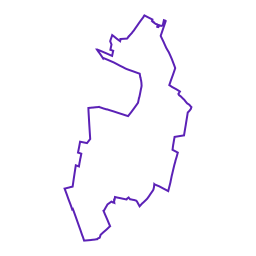 Tecámac, México, Mexico
{"feature_id": "50627088B86609194927709", "entity_name": "Tecámac", "entity_type": "district", "adm_level": 2, "iso_a3": "MEX", "parent_name": "Mexico", "parent_adm1": "México", "projection": "equal_earth", "projection_center": [-98.994, 19.711], "detail": "fine", "context": "isolated", "style": "outline", "palette": "violet", "viewbox_px": 256, "rotation_deg": 0, "n_neighbors": 0, "source": "geoboundaries", "source_scale": "gbopen_adm2", "svg_char_len": 5203}
<svg xmlns="http://www.w3.org/2000/svg" viewBox="0 0 256 256"><path d="M144.4,15.4L143.8,16.2L143.4,17.1L141.5,19.6L141.1,20.1L138.8,23.3L137.1,25.8L135.4,28.2L133.7,30.7L132.8,31.7L131.8,33.1L130.0,35.0L129.3,35.9L129.0,36.0L128.8,36.2L128.8,36.5L128.5,36.7L128.1,37.1L128.0,37.4L127.9,37.6L127.7,37.9L127.0,38.6L123.5,38.8L120.5,39.0L120.6,39.6L120.4,40.0L120.2,40.8L119.9,40.9L119.9,41.0L118.2,39.8L117.7,39.4L117.0,38.9L116.6,38.6L114.3,36.7L112.2,35.1L111.5,37.3L110.8,39.2L110.5,40.2L110.2,41.2L110.3,41.4L110.4,41.6L110.4,41.8L111.5,44.5L110.9,47.3L110.4,49.8L112.7,50.6L113.2,50.8L112.8,52.6L112.5,54.0L112.1,55.9L111.6,55.7L108.3,54.2L106.0,53.2L102.3,51.6L99.4,50.4L97.8,49.8L97.4,49.6L97.2,49.5L96.9,49.5L98.7,52.1L98.8,52.2L99.5,53.1L100.2,54.1L102.3,57.2L102.6,57.7L103.0,58.3L103.2,58.6L103.6,58.1L106.0,59.1L108.6,60.2L113.2,62.2L113.5,62.3L117.3,64.3L118.6,65.0L119.7,65.6L123.6,67.5L124.4,68.0L126.3,68.9L129.0,69.9L133.3,71.4L137.7,73.0L139.7,73.7L140.3,77.4L140.5,77.5L140.8,79.4L141.1,80.5L141.2,81.3L141.4,82.6L141.6,85.9L141.5,86.3L141.4,87.1L140.9,89.3L140.0,94.0L139.5,96.4L139.1,97.9L138.9,98.1L138.9,98.5L138.0,102.8L136.3,105.2L134.0,108.4L131.1,112.3L128.1,116.1L125.5,115.3L122.8,114.4L120.3,113.6L117.8,112.8L113.6,111.4L110.3,110.4L106.9,109.3L106.4,109.4L105.6,109.1L104.3,108.7L104.1,108.7L100.7,107.5L100.2,107.4L99.8,107.2L99.4,107.1L99.1,107.0L99.0,106.9L98.8,107.0L98.5,107.0L98.2,107.0L97.9,107.1L97.6,107.1L97.3,107.1L97.0,107.1L96.7,107.2L96.4,107.2L96.1,107.2L95.8,107.2L95.5,107.3L95.2,107.3L94.9,107.3L94.6,107.4L94.3,107.4L94.0,107.4L93.7,107.5L93.4,107.5L93.1,107.5L92.5,107.6L92.2,107.6L91.9,107.6L91.6,107.7L91.3,107.7L91.0,107.7L90.4,107.8L90.1,107.8L89.8,107.8L89.5,107.9L89.2,107.9L88.4,108.0L88.5,111.1L89.3,125.0L90.2,139.0L87.0,143.1L83.6,142.4L80.1,141.7L79.1,147.1L78.0,152.6L79.6,153.1L81.3,153.7L81.2,154.4L81.0,155.2L80.9,156.0L80.7,156.7L80.6,157.5L80.4,158.2L80.1,159.6L80.1,159.8L80.0,160.5L79.8,161.3L79.7,162.1L79.5,162.8L79.4,163.6L79.3,164.3L79.2,164.8L79.1,165.1L79.1,165.4L79.0,165.6L79.0,165.9L78.9,166.1L78.9,166.4L77.4,165.9L76.7,165.6L75.8,165.3L74.5,173.8L73.7,179.1L72.8,185.4L72.6,186.6L71.0,187.0L70.7,187.0L69.1,187.5L67.4,187.9L65.6,188.4L64.6,188.6L66.7,194.2L68.5,199.3L70.3,204.0L71.1,206.2L71.3,206.8L72.2,209.4L72.8,208.9L73.6,210.9L76.0,217.6L79.5,227.5L80.2,229.4L81.9,234.4L82.1,235.0L82.7,236.5L82.8,236.7L84.1,240.6L87.9,240.3L91.2,240.0L91.5,239.9L93.4,239.7L93.7,239.7L95.2,239.5L95.5,239.4L97.2,239.2L97.2,238.9L98.4,238.2L98.6,238.1L99.6,237.8L99.8,237.4L100.6,234.8L103.1,232.5L103.2,232.4L105.2,230.7L106.7,229.4L109.3,226.9L110.1,226.2L109.7,225.4L109.5,224.7L109.2,224.2L108.5,222.5L107.6,220.3L106.3,217.3L105.6,215.7L105.1,214.6L104.7,213.7L104.4,212.9L104.2,212.3L103.9,211.8L103.8,211.4L103.5,210.8L104.1,210.4L104.7,209.3L104.8,209.2L105.1,208.6L105.3,208.3L105.8,207.3L106.4,206.4L106.6,206.0L107.5,204.4L110.6,202.2L111.1,201.8L111.3,201.7L111.5,201.6L113.0,202.5L113.5,202.0L114.1,202.7L114.3,202.8L114.2,202.0L114.1,201.3L114.1,199.7L114.6,199.7L114.8,198.3L115.0,197.0L117.5,197.6L120.1,198.1L122.8,198.7L123.2,198.8L123.4,198.8L125.7,199.3L126.5,199.5L126.7,199.4L126.8,199.1L126.9,198.8L127.0,198.7L127.8,198.1L128.6,197.5L128.9,197.9L129.0,198.1L129.2,198.3L129.5,198.6L130.0,199.1L130.1,199.3L130.9,199.4L131.1,199.4L132.8,199.8L134.1,200.0L136.1,200.6L136.9,201.4L139.6,206.3L142.2,203.4L143.3,202.5L143.8,202.0L145.7,200.2L146.5,199.4L147.2,198.7L149.0,196.2L149.6,195.3L150.1,194.5L152.9,190.5L153.4,189.6L154.0,187.0L154.3,184.2L154.4,184.3L156.5,185.2L159.2,186.3L163.3,188.5L165.8,189.8L168.2,191.1L170.0,184.1L170.5,182.0L170.5,181.9L171.4,177.5L171.8,175.5L172.1,174.4L172.8,171.4L173.2,169.7L174.4,164.7L175.3,161.6L175.3,161.3L175.6,160.2L176.6,157.0L177.8,152.6L175.2,151.2L172.5,149.8L172.5,149.7L172.6,149.4L172.9,146.9L172.9,146.7L173.1,145.7L173.1,145.3L173.1,145.2L173.3,144.3L174.0,140.1L174.6,136.9L178.9,136.2L183.2,135.5L184.0,135.4L185.2,128.2L185.7,125.3L186.1,122.7L187.1,116.6L187.7,112.8L187.8,112.4L188.7,111.6L189.9,110.2L190.9,108.8L191.3,107.3L191.4,107.1L190.5,106.2L189.9,105.4L189.3,104.8L188.8,104.4L187.2,103.4L186.4,102.5L186.0,102.0L185.1,100.9L184.7,100.3L184.1,99.6L183.4,99.0L182.6,98.2L181.5,97.1L180.6,96.2L179.6,95.6L178.9,94.9L178.4,93.9L179.9,91.5L178.5,90.6L176.4,89.3L172.5,87.2L172.0,86.9L171.8,86.8L171.6,86.7L171.4,86.5L171.3,86.4L170.5,85.9L169.3,85.1L171.0,80.1L172.8,75.2L174.5,70.3L175.2,68.1L174.2,65.3L172.1,59.8L172.1,59.7L170.1,55.1L169.0,52.7L168.6,51.9L167.8,50.6L167.1,49.4L166.2,47.8L164.3,43.6L163.8,42.4L162.3,39.3L160.8,36.2L160.7,35.8L162.5,30.5L164.3,25.2L165.7,21.0L165.0,20.5L164.7,20.5L163.9,20.2L163.3,22.9L163.2,23.3L163.1,23.9L162.9,24.8L162.2,25.5L161.8,25.8L161.3,25.9L160.8,25.8L160.4,25.7L159.8,25.4L159.2,25.2L158.9,26.3L158.3,27.1L157.7,27.0L157.2,26.8L157.8,24.8L157.4,24.6L157.2,24.5L157.0,24.4L156.9,24.2L156.4,24.1L156.0,24.0L155.6,23.9L155.4,23.7L155.2,23.5L155.0,23.4L154.5,23.1L154.3,23.0L154.1,22.5L153.9,22.2L153.7,22.1L153.4,22.0L153.2,22.1L152.7,21.8L152.6,21.7L152.6,21.4L152.6,21.1L152.3,21.0L152.0,20.9L152.4,19.5L149.6,18.1L146.5,16.5L144.4,15.4Z" fill="none" stroke="#5b21b6" stroke-width="2"/></svg>